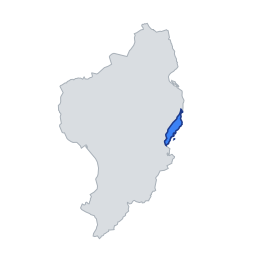 where Bushehr sits in Iran, rotated 244°
{"feature_id": "IRN-3210", "entity_name": "Bushehr", "entity_type": "Province", "adm_level": 1, "iso_a3": "IRN", "parent_name": "Iran", "parent_adm1": "", "projection": "mercator", "projection_center": [51.169, 28.786], "detail": "fine", "context": "in_parent", "style": "filled", "palette": "blue", "viewbox_px": 256, "rotation_deg": 244, "n_neighbors": 0, "source": "natural_earth", "source_scale": "10m", "svg_char_len": 5826}
<svg xmlns="http://www.w3.org/2000/svg" viewBox="0 0 256 256"><g transform="rotate(244 128 128)"><path d="M130.3,77.2L132.8,77.4L137.3,75.8L137.7,75.4L139.1,72.3L140.7,70.9L143.5,69.2L145.3,68.6L151.5,68.8L152.0,67.6L153.0,66.9L159.8,67.3L160.9,68.3L161.3,70.1L166.9,71.7L168.1,72.2L169.5,73.6L170.6,73.9L172.1,73.3L173.0,73.7L174.4,73.4L178.8,75.3L179.4,77.3L180.2,78.3L181.2,79.1L184.7,80.7L185.7,81.5L188.2,85.2L195.2,85.1L195.7,85.9L195.6,87.5L196.1,91.2L195.5,92.6L196.4,93.8L196.3,96.1L196.7,97.7L195.8,100.0L195.0,100.4L195.5,102.4L194.8,104.3L194.9,105.0L193.8,106.6L193.7,107.2L191.7,108.7L193.1,110.9L190.9,111.0L189.5,113.3L189.9,116.1L189.5,117.5L189.7,118.3L190.3,118.8L193.3,119.4L193.4,119.7L190.2,123.7L190.3,125.2L192.6,133.2L192.2,137.2L192.5,141.2L200.1,142.4L200.9,143.4L201.5,145.7L201.5,147.3L201.2,148.2L192.7,158.4L197.0,163.4L197.2,164.5L199.8,169.4L202.2,171.9L206.3,173.3L208.2,175.1L210.0,175.0L209.8,177.5L210.5,182.6L209.9,185.0L211.4,185.5L213.7,185.1L214.5,185.6L214.9,186.4L214.4,186.9L214.4,188.9L213.9,189.3L213.6,191.2L210.2,191.3L207.1,192.1L206.0,192.8L205.3,194.2L204.3,194.0L204.0,194.6L201.7,195.5L200.9,199.3L200.1,200.2L199.4,205.7L198.9,205.8L197.9,206.7L191.1,204.9L190.4,203.6L189.7,203.4L188.7,204.6L185.3,203.9L184.2,204.1L183.5,203.8L181.7,203.7L180.2,202.9L176.5,203.6L174.3,202.2L171.9,201.8L168.9,201.8L166.5,200.8L165.3,201.2L164.7,200.5L161.1,199.8L159.9,197.4L159.9,196.2L159.0,194.0L158.7,190.9L157.9,188.6L156.4,186.8L152.3,185.7L150.1,186.2L148.5,187.3L145.9,187.9L143.9,190.0L142.7,189.8L137.9,192.7L136.8,192.6L133.3,190.7L131.7,190.4L128.4,190.5L126.6,189.2L126.1,188.3L121.9,186.2L119.2,184.4L118.4,182.7L117.3,181.4L114.7,180.4L113.3,179.3L109.3,178.9L106.5,176.2L106.5,175.3L104.8,172.3L104.5,170.1L104.2,169.5L102.8,168.6L102.6,168.0L102.9,166.6L101.1,165.7L100.8,165.1L100.8,162.9L96.5,157.7L95.6,154.8L94.8,154.7L90.9,156.6L89.8,155.5L86.4,153.7L86.0,153.0L86.8,152.7L87.7,153.0L88.2,152.6L88.0,152.0L87.1,151.6L86.0,151.6L86.3,152.2L85.2,152.8L85.0,153.5L85.2,155.6L84.8,156.2L83.0,156.6L81.9,157.3L80.8,156.5L80.5,154.9L79.9,153.9L79.0,153.5L78.3,152.5L77.1,152.0L77.0,146.5L74.0,146.4L74.0,142.2L75.4,138.0L72.5,134.3L71.3,131.3L70.5,130.8L69.0,130.9L64.0,127.0L62.3,125.9L59.9,125.6L59.6,124.2L60.2,122.7L59.1,120.7L58.7,120.1L57.8,119.9L57.8,118.6L56.5,118.7L54.1,115.2L53.5,114.7L54.8,112.0L53.8,109.8L54.4,108.0L55.6,108.1L56.0,105.6L58.2,103.1L60.1,102.0L60.3,101.2L59.9,99.9L58.7,98.2L58.9,96.7L59.2,96.0L61.3,95.2L61.4,94.9L60.4,94.3L56.9,94.3L54.9,92.6L53.1,92.2L52.1,88.4L51.7,87.9L50.9,87.8L50.4,87.1L50.1,84.5L48.8,83.4L47.8,79.6L47.7,78.7L48.0,77.8L46.0,76.2L45.8,73.7L46.2,73.1L43.9,71.2L42.9,71.1L42.8,70.8L44.3,66.8L44.9,65.9L43.6,65.3L43.6,63.4L43.2,61.7L43.3,60.1L42.4,59.0L42.2,58.3L42.5,56.6L41.6,55.7L41.1,53.8L44.4,53.3L45.0,50.5L46.2,49.3L48.2,50.7L51.2,55.3L52.9,56.6L54.2,58.2L60.4,59.8L61.8,59.2L63.9,59.3L66.6,56.5L67.8,56.1L71.0,53.3L74.9,50.7L76.9,50.3L79.8,53.6L78.2,54.6L77.9,55.4L78.1,56.2L79.4,57.1L79.6,58.0L79.1,58.5L77.4,59.0L76.9,59.9L78.8,61.4L79.7,62.7L80.7,63.0L82.3,65.0L84.8,64.8L85.3,69.6L86.7,73.6L89.3,75.2L96.1,76.5L96.9,77.3L98.0,79.4L99.8,81.0L105.0,84.0L110.8,85.5L114.7,85.4L128.9,81.9L130.3,81.9L128.1,82.8L128.9,83.2L130.8,83.2L131.2,82.8L131.2,82.2L130.3,77.2ZM150.8,188.5L149.9,189.7L148.6,190.7L147.7,190.4L143.9,191.9L142.9,191.8L142.7,191.3L146.9,189.6L147.1,189.1L146.9,188.2L148.2,188.6L149.7,187.8L151.0,187.6L151.6,188.2L150.8,188.5Z" fill="#d9dde1" stroke="#a8b0b8" stroke-width="1"/><path d="M119.1,184.4L118.4,184.1L118.2,183.9L118.2,183.7L118.3,183.6L118.5,183.5L118.8,183.5L119.0,183.5L119.1,183.4L119.0,183.1L118.9,183.0L118.5,182.9L118.4,182.8L118.3,182.6L118.2,182.3L118.1,182.2L117.4,181.5L117.1,181.3L116.8,181.1L115.2,180.8L114.9,180.6L113.8,179.6L113.5,179.4L113.1,179.2L112.7,179.2L112.0,179.2L111.9,179.2L111.7,179.1L111.4,179.1L111.1,179.2L110.5,179.3L110.1,179.2L109.4,179.1L109.2,179.0L109.2,178.9L108.8,178.7L108.5,178.6L108.3,178.4L108.1,178.1L107.8,177.9L107.8,178.2L107.6,178.2L107.4,177.6L107.2,177.3L107.1,177.0L106.8,176.4L106.6,176.3L106.4,176.1L106.4,175.9L106.6,175.3L106.6,175.1L106.4,174.8L106.1,174.5L105.9,174.3L105.6,173.8L105.3,173.5L105.3,173.4L104.7,172.1L104.6,171.7L104.6,170.4L104.5,170.0L104.3,169.6L104.1,169.3L103.8,169.1L103.4,169.1L103.0,169.0L102.9,169.0L102.8,168.9L102.7,168.7L102.3,168.1L102.2,167.9L102.2,167.7L102.2,167.4L102.4,167.3L102.6,167.4L102.7,167.5L102.9,167.7L103.0,167.9L103.1,167.7L103.1,167.4L103.3,167.3L103.3,167.2L103.4,166.9L103.3,166.7L103.1,166.6L103.0,166.3L103.0,166.2L102.8,166.1L102.7,166.1L102.6,165.9L102.3,165.8L101.6,165.8L101.2,166.0L100.8,165.8L100.7,165.5L100.7,165.2L100.8,165.0L100.8,164.8L100.9,164.7L101.0,164.6L101.2,164.3L101.1,164.2L100.9,164.0L101.0,163.7L101.0,163.3L100.9,162.9L100.9,162.6L100.8,162.4L100.6,162.2L100.4,162.1L100.4,162.4L100.1,161.9L99.7,161.5L99.6,161.4L99.5,161.2L99.4,161.0L99.1,160.7L98.5,160.5L98.5,160.4L98.4,160.2L98.0,159.7L97.8,159.4L97.4,158.6L97.2,158.3L97.0,158.1L96.6,157.9L96.3,157.5L96.2,157.5L96.2,157.4L96.2,157.2L96.3,157.1L96.3,156.9L96.2,156.9L96.3,156.5L96.1,155.9L96.1,155.6L95.8,155.3L95.7,155.1L95.6,154.9L95.4,154.7L96.0,154.4L96.9,154.3L97.4,154.5L98.8,154.6L99.9,155.0L100.2,155.2L100.4,155.4L100.4,155.9L100.6,156.7L101.1,157.1L101.6,158.3L102.1,158.4L104.1,158.6L105.4,159.0L106.0,159.7L106.5,160.8L107.1,161.8L107.7,162.4L108.4,162.7L109.2,163.4L113.2,171.0L113.5,172.0L114.8,175.7L115.0,176.1L115.4,176.2L115.7,176.4L116.4,177.2L117.6,179.9L118.8,181.4L119.9,182.5L121.7,183.8L121.4,184.0L121.2,184.1L120.8,184.1L120.4,183.9L120.2,183.9L119.6,184.0L119.4,184.1L119.1,184.4ZM97.7,164.5L97.9,164.5L98.0,164.6L97.9,164.8L98.0,164.9L97.9,165.1L97.7,165.0L97.6,164.8L97.6,164.6L97.6,164.4L97.7,164.5Z" fill="#3b82f6" stroke="#1e3a8a" stroke-width="1.5"/></g></svg>